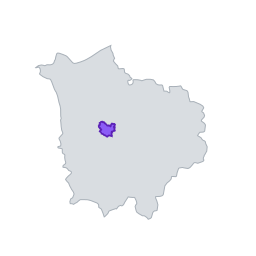 location of Slutsk, Minsk, Belarus, rotated 72°
{"feature_id": "67162791B93573624741448", "entity_name": "Slutsk", "entity_type": "district", "adm_level": 2, "iso_a3": "BLR", "parent_name": "Belarus", "parent_adm1": "Minsk", "projection": "orthographic", "projection_center": [27.567, 53.118], "detail": "fine", "context": "in_parent", "style": "filled", "palette": "violet", "viewbox_px": 256, "rotation_deg": 72, "n_neighbors": 0, "source": "geoboundaries", "source_scale": "gbopen_adm2", "svg_char_len": 7336}
<svg xmlns="http://www.w3.org/2000/svg" viewBox="0 0 256 256"><g transform="rotate(72 128 128)"><path d="M205.2,178.1L201.4,178.1L196.9,178.4L194.4,180.3L191.6,179.6L189.7,180.7L185.5,185.8L183.8,188.5L182.3,192.6L181.4,195.6L182.1,197.7L183.0,199.6L183.3,201.7L183.8,203.3L182.7,204.6L182.1,206.3L180.2,206.1L177.8,204.5L177.2,202.2L175.3,200.6L174.1,199.7L172.1,199.7L169.0,200.6L165.0,201.3L161.9,201.5L160.2,202.4L157.8,203.3L156.8,202.4L155.3,199.7L154.2,197.0L153.4,195.8L152.7,195.5L151.8,195.6L150.9,196.5L150.2,197.4L147.6,198.4L146.5,199.4L145.3,201.9L144.5,201.8L143.6,201.2L142.6,198.4L141.3,197.8L139.1,197.8L136.4,197.3L134.2,196.4L133.4,196.6L132.2,197.8L130.8,198.0L127.7,197.0L127.1,197.5L125.4,200.5L124.5,200.7L124.1,200.3L124.3,197.6L122.5,196.7L119.5,196.5L117.4,196.9L116.4,196.8L115.9,196.3L113.3,191.8L112.0,191.5L109.5,191.7L106.0,191.1L101.8,190.1L99.6,189.7L98.4,188.6L95.9,188.3L89.1,186.2L86.3,185.8L82.2,185.7L76.0,185.1L72.0,185.2L70.1,185.7L68.0,186.0L60.5,186.3L57.8,186.7L57.0,187.6L56.1,189.6L52.9,193.0L49.8,195.2L49.2,195.4L47.5,194.0L46.1,193.5L44.4,193.3L43.2,193.7L42.4,194.2L42.3,197.0L42.1,197.2L41.0,193.9L41.3,190.9L42.1,189.3L43.1,187.8L42.8,185.5L43.9,182.5L44.0,180.4L43.7,179.4L43.0,178.3L41.2,177.0L40.4,176.0L37.9,174.6L35.4,172.9L35.0,171.9L35.2,171.2L35.7,170.2L37.8,167.4L40.1,164.7L41.5,163.7L48.9,160.4L50.0,159.2L50.4,157.1L50.5,152.7L50.3,148.7L49.9,146.0L48.8,140.8L45.7,130.0L44.2,118.8L45.5,119.6L48.8,120.0L51.5,119.4L52.9,119.3L54.1,119.6L57.6,119.2L58.4,120.2L59.9,121.2L63.0,120.0L65.8,118.6L68.6,118.9L69.0,118.1L69.9,114.3L70.7,113.4L74.1,114.0L75.3,113.3L76.7,111.4L78.7,110.3L80.3,110.3L82.1,109.0L82.9,110.0L83.3,111.6L82.7,112.9L82.9,113.4L84.1,114.0L86.1,114.1L87.4,113.6L87.7,112.9L87.8,111.5L87.5,110.3L86.6,109.2L85.0,108.6L83.9,108.5L83.8,107.8L84.2,106.4L85.2,103.7L86.5,101.3L87.3,100.4L87.4,99.6L87.3,98.1L87.4,95.4L88.6,91.7L90.1,89.0L92.1,88.1L94.5,87.7L96.0,86.4L96.8,84.9L97.5,82.5L98.3,82.0L104.0,82.4L104.9,80.0L105.4,79.4L106.5,78.7L107.3,77.8L107.0,77.2L105.5,76.7L102.1,76.3L101.4,75.5L101.7,74.6L102.6,72.1L103.5,69.0L104.0,66.5L104.1,65.1L104.6,64.7L107.3,64.2L108.3,63.8L110.7,60.4L112.5,59.9L117.2,60.8L119.3,60.7L122.0,60.9L122.3,60.6L123.2,57.3L127.8,52.0L130.2,50.1L131.8,49.7L132.3,49.8L134.8,52.6L135.4,52.7L137.0,51.5L139.8,51.3L141.2,52.3L143.1,55.7L144.1,56.1L146.8,54.1L148.3,53.5L149.3,53.5L154.6,56.0L155.0,56.8L155.1,57.8L154.3,61.0L155.5,62.9L156.8,64.2L159.4,61.9L160.4,61.3L161.5,61.2L162.9,60.4L163.9,59.2L164.9,58.7L166.8,58.9L170.3,58.5L174.4,60.3L174.8,60.8L176.9,63.0L177.6,64.0L178.3,64.3L179.4,65.4L180.9,66.0L181.9,65.7L182.4,66.1L182.9,66.9L183.0,68.3L183.1,72.5L181.7,74.7L181.5,75.5L181.7,76.4L182.9,78.1L184.5,80.8L185.0,82.4L185.0,83.6L183.1,87.3L182.5,88.1L182.1,89.9L181.9,91.7L182.1,92.4L185.7,95.1L188.3,96.5L189.0,97.2L189.0,97.7L187.8,100.8L187.7,101.6L189.8,102.7L191.1,104.7L192.3,107.8L194.4,110.8L202.0,114.9L202.7,115.7L203.0,116.7L202.9,118.8L201.8,122.9L203.1,123.4L206.3,123.1L210.3,123.3L215.3,125.8L215.4,127.1L215.0,128.3L215.4,129.5L216.0,130.5L220.3,133.4L220.8,134.3L221.0,135.9L221.0,137.0L219.8,137.3L218.6,138.0L216.6,139.5L215.9,141.4L212.7,144.3L210.6,145.7L209.0,145.8L204.9,145.5L203.5,144.3L202.8,143.1L201.3,142.7L199.2,142.7L196.4,143.1L195.9,143.5L195.5,145.0L194.4,147.6L193.6,149.1L197.5,153.9L199.4,155.8L200.1,157.1L200.1,158.0L199.3,159.1L199.5,161.2L201.4,163.9L200.9,164.4L200.9,167.8L201.1,171.5L201.6,172.3L202.6,173.0L203.5,174.3L205.0,177.3L205.2,178.1Z" fill="#d9dde1" stroke="#a8b0b8" stroke-width="1"/><path d="M114.6,153.5L114.7,153.4L115.0,153.2L115.3,153.1L115.6,153.3L115.9,153.4L116.1,153.5L116.3,153.6L116.6,153.9L116.5,154.0L116.3,154.3L116.2,154.4L116.1,154.5L116.3,154.7L116.6,154.7L116.8,154.9L116.9,155.0L117.0,155.3L117.3,155.3L117.6,155.4L117.8,155.4L117.9,155.5L118.1,155.5L118.3,155.4L118.5,155.1L118.8,154.9L118.9,154.7L119.1,154.6L119.4,154.4L119.5,154.4L119.8,154.4L119.9,154.6L119.9,154.8L120.1,154.7L120.5,154.6L120.7,154.4L120.7,154.2L120.8,153.9L121.0,153.9L121.3,153.8L121.5,153.8L121.6,154.0L121.7,154.3L121.6,154.5L121.5,154.8L121.7,155.0L122.1,155.2L122.3,155.2L122.5,155.3L122.5,155.5L122.4,155.6L122.2,155.8L122.3,155.9L122.4,156.0L122.5,156.1L122.8,155.9L123.1,155.6L123.4,155.4L123.7,155.1L123.8,155.0L124.0,155.0L124.5,154.9L125.0,155.0L125.0,154.7L125.4,154.5L125.5,154.5L125.8,154.4L125.8,154.1L125.8,153.8L126.0,153.8L126.2,153.7L126.4,153.4L126.6,153.3L127.1,153.2L127.3,153.1L127.5,153.0L127.5,152.8L127.5,152.3L127.5,152.2L127.9,152.0L128.3,152.0L128.4,151.8L128.4,151.6L128.6,151.5L128.7,151.4L128.8,151.3L128.9,151.2L129.1,151.2L129.3,151.1L129.5,151.1L129.6,150.9L129.8,150.6L130.0,150.3L130.0,150.2L129.8,150.0L129.7,149.8L129.7,149.7L129.4,149.6L129.2,149.4L129.2,149.2L129.2,148.9L129.1,148.7L129.0,148.4L129.1,148.1L129.3,148.0L129.4,147.9L129.6,147.8L129.7,147.7L129.8,147.6L129.9,147.4L129.8,147.2L129.7,147.1L129.6,146.9L129.7,146.7L129.9,146.5L130.0,146.5L130.4,146.7L130.5,146.6L130.6,146.4L130.4,146.2L130.2,146.0L130.2,145.9L130.3,145.9L130.5,145.8L130.7,145.7L130.3,145.5L130.0,145.5L129.2,145.5L128.4,145.5L127.8,145.5L127.6,145.4L127.6,144.5L127.4,144.6L127.0,144.8L126.7,144.9L126.3,144.7L126.5,144.2L126.5,143.8L126.5,143.7L126.4,143.5L126.4,143.3L126.4,143.1L126.3,142.9L126.2,142.8L126.2,142.7L126.3,142.5L126.5,142.5L126.6,142.4L126.5,142.2L126.3,141.9L126.5,141.8L126.6,141.7L126.6,141.4L126.3,141.3L126.2,141.2L126.1,141.4L126.0,141.6L125.9,141.7L125.5,141.7L125.3,141.6L125.2,141.4L124.8,141.2L124.7,141.2L124.5,141.3L124.4,141.3L124.2,141.3L124.0,141.2L124.3,140.9L124.1,140.6L123.8,140.5L123.7,140.4L123.4,140.3L123.2,140.5L123.3,140.6L123.4,140.9L123.3,141.0L123.1,141.1L122.9,141.1L122.8,141.3L122.7,141.3L122.5,141.2L122.7,140.9L122.6,140.6L122.6,140.4L122.4,140.2L122.0,139.9L121.9,139.9L121.7,139.9L121.7,140.0L121.4,140.0L121.3,139.9L121.2,139.7L120.9,139.3L120.8,139.2L120.7,139.2L120.6,139.3L120.7,139.6L120.8,139.7L120.9,139.8L120.9,140.0L120.7,140.2L120.4,140.1L120.4,139.9L120.3,139.6L120.2,139.6L119.9,139.6L119.9,139.9L119.8,140.0L119.7,140.1L119.7,140.3L119.8,140.4L119.8,140.5L119.7,140.7L119.4,140.8L119.2,140.9L119.1,141.0L119.0,141.3L119.1,141.5L119.2,141.8L119.3,141.9L119.4,142.0L119.2,142.3L118.9,142.3L119.0,142.5L119.4,142.6L119.5,142.7L119.5,142.8L119.4,142.9L119.4,143.0L119.5,143.1L119.7,143.3L120.1,143.6L120.3,143.7L120.5,143.5L120.8,143.6L120.9,143.8L120.9,144.0L121.0,144.0L121.2,144.3L121.0,144.5L120.9,144.5L120.7,144.5L120.3,144.8L120.1,145.0L119.9,145.0L119.7,145.0L119.5,145.3L119.8,145.5L119.9,145.8L119.9,146.0L119.8,146.3L119.7,146.4L119.6,146.5L119.4,146.5L119.4,146.8L119.4,147.0L119.2,147.2L118.9,147.1L118.7,147.1L118.4,147.2L118.3,147.4L118.2,147.5L117.9,147.5L117.7,147.7L117.6,147.8L117.4,147.8L117.2,148.0L117.0,147.9L116.8,147.9L116.7,147.9L116.6,148.0L116.7,148.3L116.8,148.4L116.8,148.5L116.7,148.6L116.4,148.8L116.2,148.7L115.9,148.6L115.7,148.7L115.6,148.8L115.3,148.9L115.2,149.0L114.8,149.0L114.7,149.1L114.7,149.3L114.8,149.4L115.0,149.5L115.1,149.8L114.9,150.0L114.8,150.3L114.6,150.4L114.5,150.5L114.2,150.5L113.9,150.5L113.8,151.0L113.9,151.3L113.7,151.7L113.7,151.8L113.8,151.9L114.0,151.9L114.1,152.0L114.2,152.4L114.2,152.6L114.3,152.9L114.3,153.2L114.3,153.4L114.5,153.4L114.6,153.5Z" fill="#8b5cf6" stroke="#5b21b6" stroke-width="1.5"/></g></svg>